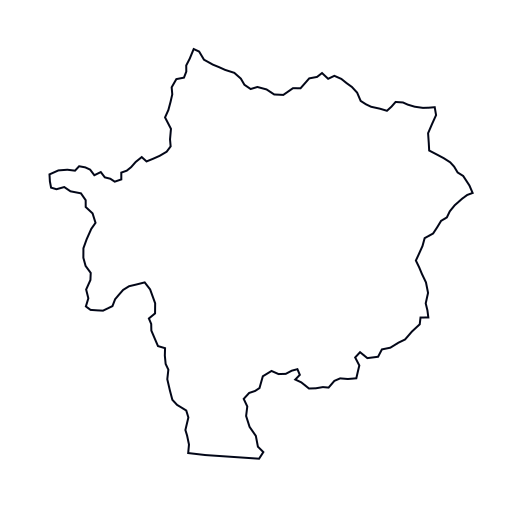 outline of Salto de Pirapora, São Paulo, Brazil, rotated 4°
{"feature_id": "56859067B30320122732425", "entity_name": "Salto de Pirapora", "entity_type": "district", "adm_level": 2, "iso_a3": "BRA", "parent_name": "Brazil", "parent_adm1": "São Paulo", "projection": "natural_earth1", "projection_center": [-47.59, -23.661], "detail": "fine", "context": "isolated", "style": "outline", "palette": "ink", "viewbox_px": 512, "rotation_deg": 4, "n_neighbors": 0, "source": "geoboundaries", "source_scale": "gbopen_adm2", "svg_char_len": 2490}
<svg xmlns="http://www.w3.org/2000/svg" viewBox="0 0 512 512"><g transform="rotate(4 256 256)"><path d="M44.3,189.0L45.2,196.0L46.8,202.1L52.3,203.3L59.9,200.6L66.4,204.4L77.0,205.7L82.2,212.2L82.7,219.0L90.0,224.9L93.6,234.1L89.8,240.4L85.9,251.1L83.3,260.3L83.9,269.8L86.7,277.8L92.3,284.4L92.5,291.5L88.9,301.3L91.7,309.9L89.8,318.2L94.7,321.3L101.6,321.3L107.2,321.2L116.3,316.0L118.5,308.9L121.8,304.4L125.8,299.1L131.5,295.0L138.6,292.8L146.8,290.1L152.7,296.7L158.7,310.2L159.3,320.3L153.5,325.8L156.2,331.1L156.8,337.7L161.2,346.3L164.5,352.7L171.7,354.3L172.0,361.7L173.4,370.0L176.5,375.5L176.1,385.1L179.5,396.2L182.6,405.3L187.6,410.0L197.2,415.0L199.8,421.8L197.7,434.5L199.8,440.0L202.3,448.8L202.1,457.3L219.4,458.1L273.2,458.0L277.0,451.1L271.2,446.1L268.4,435.5L261.5,426.9L257.3,416.3L257.8,406.7L253.7,399.4L258.7,393.1L264.5,390.7L268.7,387.5L271.2,375.5L279.5,369.6L286.7,372.2L293.9,371.5L299.7,367.9L305.2,366.0L308.0,371.5L303.8,376.5L310.0,378.9L318.1,384.5L324.9,383.8L331.9,382.1L337.6,382.2L342.9,375.1L348.5,372.2L356.2,372.3L364.6,371.0L365.7,364.0L366.7,358.0L362.0,350.3L366.5,344.7L374.2,350.1L384.8,348.0L388.1,340.4L396.4,338.1L404.2,332.5L410.5,328.9L416.8,320.5L424.1,312.7L424.4,305.9L432.2,305.3L430.8,298.3L428.6,291.4L430.2,280.8L427.4,270.5L422.7,262.2L419.6,256.0L415.8,249.4L418.2,243.1L421.4,234.4L423.0,226.4L431.1,221.2L434.7,214.8L438.2,208.0L443.7,204.2L446.2,197.9L450.7,191.5L457.7,184.4L462.4,180.4L467.7,178.0L464.0,170.8L457.1,161.7L451.3,158.6L447.4,153.0L443.2,149.0L436.4,145.3L429.9,142.4L421.4,138.7L420.5,131.5L419.1,121.5L422.5,111.8L425.8,102.9L423.9,95.1L418.1,96.0L412.2,96.6L403.9,96.0L396.8,94.4L391.9,92.6L384.5,92.6L380.7,97.6L376.5,102.0L369.3,100.4L360.4,99.1L355.1,97.0L349.6,94.0L345.5,86.0L339.9,80.7L334.1,77.1L328.8,73.4L321.6,70.8L315.6,74.2L309.1,68.9L304.4,73.1L296.7,75.1L288.7,85.6L281.2,86.0L272.0,93.4L262.9,93.6L254.9,89.1L245.6,87.3L239.0,89.8L232.5,86.0L228.5,80.1L221.6,74.8L212.2,72.5L206.0,70.2L199.6,68.1L190.4,63.8L185.0,56.0L179.4,53.9L176.1,63.8L173.1,70.8L173.6,76.9L171.7,83.1L164.2,85.1L160.1,93.6L161.2,100.6L160.0,108.2L158.4,116.5L155.6,124.1L162.3,135.1L162.1,145.7L163.2,152.6L159.6,158.2L152.9,162.8L146.5,166.2L140.2,169.3L135.1,165.3L129.4,170.6L125.2,176.1L121.1,179.9L115.8,182.2L116.3,189.0L109.9,191.7L105.3,189.1L99.7,188.1L95.3,183.1L89.1,186.7L84.5,181.4L79.5,179.5L73.3,178.8L69.5,183.5L61.8,183.1L52.9,184.4L44.3,189.0Z" fill="none" stroke="#020617" stroke-width="2"/></g></svg>